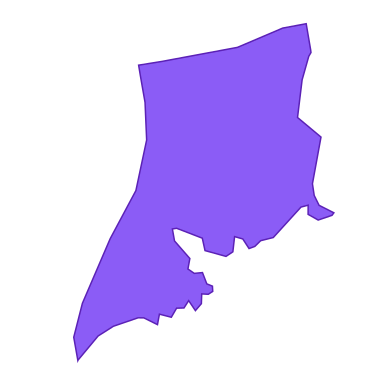 Rakwon, Hamgyŏng-namdo, North Korea (Mercator projection), rotated 349°
{"feature_id": "82179303B33699377246047", "entity_name": "Rakwon", "entity_type": "district", "adm_level": 2, "iso_a3": "PRK", "parent_name": "North Korea", "parent_adm1": "Hamgyŏng-namdo", "projection": "mercator", "projection_center": [127.798, 39.909], "detail": "fine", "context": "isolated", "style": "filled", "palette": "violet", "viewbox_px": 384, "rotation_deg": 349, "n_neighbors": 0, "source": "geoboundaries", "source_scale": "gbopen_adm2", "svg_char_len": 956}
<svg xmlns="http://www.w3.org/2000/svg" viewBox="0 0 384 384"><g transform="rotate(349 192 192)"><path d="M47.8,335.6L48.0,335.3L72.4,315.4L89.2,308.8L115.0,305.2L120.6,306.3L132.8,315.6L136.7,305.7L147.8,311.0L154.7,303.1L162.0,304.3L168.0,298.0L172.7,309.1L179.9,303.4L182.1,293.9L188.5,295.5L193.4,293.5L194.1,288.3L189.0,285.0L186.9,273.1L178.7,272.3L173.3,266.8L173.7,265.8L177.2,256.9L165.5,236.7L165.7,224.5L170.0,224.7L193.3,239.3L193.6,252.0L213.1,261.7L220.7,258.5L225.3,243.9L232.9,247.8L237.2,258.4L243.3,257.4L250.1,252.9L263.1,252.2L296.1,227.6L303.5,227.1L301.7,236.1L310.5,243.6L325.0,241.6L327.3,239.5L314.2,229.3L311.3,218.7L311.8,206.9L329.1,162.7L309.8,139.0L321.5,102.9L332.5,81.1L335.4,77.8L335.6,75.1L336.2,48.6L312.3,48.4L264.2,58.7L226.0,58.4L202.0,58.2L187.7,58.1L163.8,57.3L163.5,68.5L163.0,95.1L157.4,132.3L137.2,179.9L102.8,222.2L63.2,280.3L48.2,312.0L47.8,335.6Z" fill="#8b5cf6" stroke="#5b21b6" stroke-width="1.5"/></g></svg>